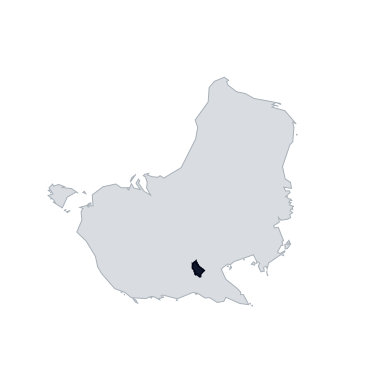 location of Richmond, Queensland, Australia, rotated 127°
{"feature_id": "25037944B62712341328684", "entity_name": "Richmond", "entity_type": "district", "adm_level": 2, "iso_a3": "AUS", "parent_name": "Australia", "parent_adm1": "Queensland", "projection": "mercator", "projection_center": [143.266, -20.57], "detail": "fine", "context": "in_parent", "style": "filled", "palette": "ink", "viewbox_px": 384, "rotation_deg": 127, "n_neighbors": 0, "source": "geoboundaries", "source_scale": "gbopen_adm2", "svg_char_len": 5371}
<svg xmlns="http://www.w3.org/2000/svg" viewBox="0 0 384 384"><g transform="rotate(127 192 192)"><path d="M252.2,86.6L255.7,101.5L260.1,100.8L265.0,105.3L265.8,114.5L268.8,117.7L269.5,126.4L271.7,130.9L286.1,139.4L291.9,153.4L293.5,154.2L293.8,151.7L297.0,154.2L297.5,153.0L298.8,160.2L300.7,162.3L304.8,164.6L312.9,176.9L312.6,185.3L315.7,195.5L311.6,214.9L308.7,222.1L301.5,230.4L294.9,247.0L293.3,259.9L280.8,263.0L274.5,268.7L270.7,269.2L271.8,272.4L265.7,267.7L266.6,266.6L266.2,265.4L265.0,265.4L263.0,267.4L261.5,266.2L264.0,264.2L262.6,262.7L254.4,269.9L241.5,266.3L231.5,257.7L231.2,251.1L226.6,245.1L228.5,245.4L228.5,243.6L221.8,245.4L223.8,241.0L221.2,234.7L218.8,241.9L213.9,242.6L214.7,240.2L217.0,240.2L220.3,230.4L219.4,223.1L216.1,230.7L211.1,233.7L207.9,238.3L208.3,240.7L206.4,240.4L203.2,237.8L205.2,237.7L203.8,233.1L200.7,228.0L198.2,227.3L197.8,222.9L179.0,215.3L147.2,221.1L137.0,226.3L132.6,232.8L110.3,233.3L98.2,241.2L90.1,240.7L80.9,235.3L80.8,229.9L83.0,230.8L85.0,227.5L85.1,216.7L81.3,208.7L80.0,198.8L69.8,178.4L73.8,180.6L71.4,174.5L73.1,178.1L76.1,179.1L71.2,166.7L74.9,149.8L75.6,153.7L79.1,149.4L91.2,141.8L95.5,142.2L117.3,135.0L125.5,125.4L125.0,119.2L129.3,114.7L132.9,121.6L134.8,117.8L132.5,115.1L133.2,113.4L140.3,114.5L138.0,113.8L139.5,111.1L138.2,108.7L142.0,108.4L140.7,106.6L143.8,106.4L142.7,103.8L145.5,101.0L145.7,102.7L147.8,102.5L148.0,99.2L151.2,100.4L153.2,97.8L156.6,99.6L161.1,104.1L160.3,107.7L163.4,104.2L169.8,106.5L171.1,104.6L168.3,101.8L175.8,89.6L177.3,90.3L179.9,87.3L180.8,88.6L188.5,87.6L188.3,84.7L183.1,82.5L184.0,81.8L202.6,88.1L208.1,85.8L206.7,88.2L209.0,89.5L211.8,86.6L214.3,89.0L211.3,94.5L208.1,95.0L208.3,98.9L205.2,105.2L222.2,116.5L226.8,117.6L228.3,120.4L236.0,122.3L241.4,112.4L241.8,98.1L242.7,92.7L244.6,91.5L243.1,89.1L247.8,78.9L252.2,86.6ZM261.5,284.5L271.3,288.5L282.8,286.0L283.6,297.1L282.8,295.0L281.6,297.4L281.4,304.8L277.2,301.8L274.7,308.7L269.6,308.1L270.6,306.2L266.2,302.9L264.5,297.2L266.4,298.2L261.8,290.3L261.5,284.5ZM174.4,81.9L179.8,81.8L181.4,83.4L177.8,86.4L174.4,81.9ZM211.8,247.5L221.4,247.2L217.3,248.8L211.8,247.5ZM212.9,98.1L214.0,101.2L210.6,100.7L211.1,98.5L212.9,98.1ZM312.4,175.5L312.1,171.7L313.5,168.6L314.0,170.9L312.4,175.5ZM280.1,278.1L283.3,279.1L283.4,280.5L280.1,278.1ZM173.8,82.8L175.7,85.7L172.3,85.5L173.8,82.8ZM258.0,278.8L256.2,278.4L257.2,275.8L258.0,278.8ZM231.0,115.2L229.4,116.1L227.7,116.6L228.6,114.9L231.0,115.2ZM69.8,177.5L68.4,175.7L68.3,174.0L68.6,173.9L69.8,177.5ZM282.7,282.0L284.0,283.0L281.6,282.2L282.7,282.0ZM299.9,160.6L301.2,160.6L301.2,162.3L299.9,160.6ZM269.9,126.3L271.4,127.2L271.2,127.8L269.9,126.3ZM277.1,305.9L277.3,307.7L276.1,307.1L277.1,305.9ZM314.6,186.8L314.7,188.9L314.6,186.8ZM188.0,81.7L187.1,80.9L187.7,80.5L188.0,81.7ZM213.0,81.9L211.7,83.4L213.3,80.7L213.0,81.9ZM314.7,184.2L314.1,184.9L314.5,184.2L314.7,184.2ZM215.0,109.8L214.3,110.1L214.7,109.4L215.0,109.8ZM210.2,98.0L209.3,98.2L209.8,97.3L210.2,98.0ZM83.5,141.9L83.2,143.1L82.8,143.0L83.5,141.9ZM246.2,78.1L246.2,79.2L245.8,78.4L246.2,78.1ZM265.1,266.0L265.3,266.8L265.0,266.5L265.1,266.0ZM211.4,83.8L209.6,84.9L211.4,83.6L211.4,83.8ZM142.8,102.3L142.2,103.1L142.6,102.2L142.8,102.3ZM277.8,304.5L277.2,304.9L277.6,304.2L277.8,304.5ZM230.2,118.9L229.3,118.9L229.8,118.2L230.2,118.9ZM139.2,107.9L138.7,108.3L138.7,107.3L139.2,107.9ZM282.5,300.6L281.7,301.2L281.9,300.2L282.5,300.6ZM246.8,75.3L246.7,76.1L246.2,75.7L246.8,75.3ZM264.6,267.1L265.4,267.8L264.0,267.6L264.6,267.1ZM287.9,139.3L287.2,139.4L287.5,138.5L287.9,139.3ZM293.2,151.5L292.9,151.5L293.1,150.9L293.2,151.5ZM261.9,283.2L261.7,283.9L261.5,283.0L261.9,283.2Z" fill="#d9dde1" stroke="#a8b0b8" stroke-width="1"/><path d="M248.7,135.1L247.3,134.9L247.1,136.6L247.3,136.6L247.2,137.9L247.2,138.4L247.1,139.3L247.1,139.7L247.3,139.7L247.3,140.2L247.3,140.4L247.2,141.2L247.1,141.3L247.1,141.8L246.9,142.2L247.2,142.2L247.2,142.7L247.0,143.1L247.0,143.3L246.9,143.3L246.8,143.7L246.8,143.9L246.8,144.0L246.2,143.9L246.2,144.1L246.5,144.1L246.4,144.5L246.4,145.1L246.6,145.1L246.5,145.5L246.2,145.6L245.4,145.4L245.3,145.5L245.5,145.8L245.9,146.1L245.4,146.5L245.6,146.5L245.5,147.2L245.2,147.4L245.5,147.4L245.5,147.5L245.9,147.6L246.0,147.6L246.4,147.6L246.4,147.9L246.7,147.9L247.1,148.0L247.3,148.2L247.5,148.2L247.8,148.2L248.0,148.2L248.0,147.9L248.4,148.0L248.6,148.0L248.9,148.0L249.0,148.0L249.0,148.4L249.4,148.0L249.2,147.9L249.6,147.5L250.0,147.2L250.3,147.6L250.7,147.2L250.8,147.2L251.1,147.0L251.1,146.9L251.3,146.8L251.6,146.6L251.9,146.3L252.1,146.2L252.5,146.1L252.6,145.5L252.6,145.2L252.9,145.0L253.1,143.5L253.2,142.9L253.3,142.9L253.6,142.9L253.8,142.7L254.1,142.6L254.3,142.3L254.3,142.1L254.4,141.9L254.4,141.6L254.0,141.5L254.0,141.4L254.1,141.2L254.3,141.0L254.4,140.9L254.5,140.9L254.7,140.7L254.7,140.8L254.8,140.8L254.8,140.7L255.0,140.6L255.3,140.6L255.5,140.6L255.6,140.4L255.8,140.3L255.8,140.2L255.4,139.6L255.9,139.2L255.6,138.9L255.4,139.0L254.9,138.5L254.7,138.5L254.8,137.7L255.0,137.7L255.1,136.4L255.2,134.9L254.9,134.7L254.7,134.4L254.6,134.2L254.4,134.1L254.2,134.2L254.2,134.3L254.1,134.5L253.9,134.6L253.7,134.7L253.5,134.8L253.5,135.0L253.4,135.0L253.2,135.0L252.9,135.2L252.9,135.3L252.8,135.5L252.7,135.5L252.3,135.5L251.4,135.4L250.9,135.4L249.8,135.3L248.8,135.2L248.7,135.2L248.7,135.1Z" fill="#0f172a" stroke="#020617" stroke-width="1.5"/></g></svg>